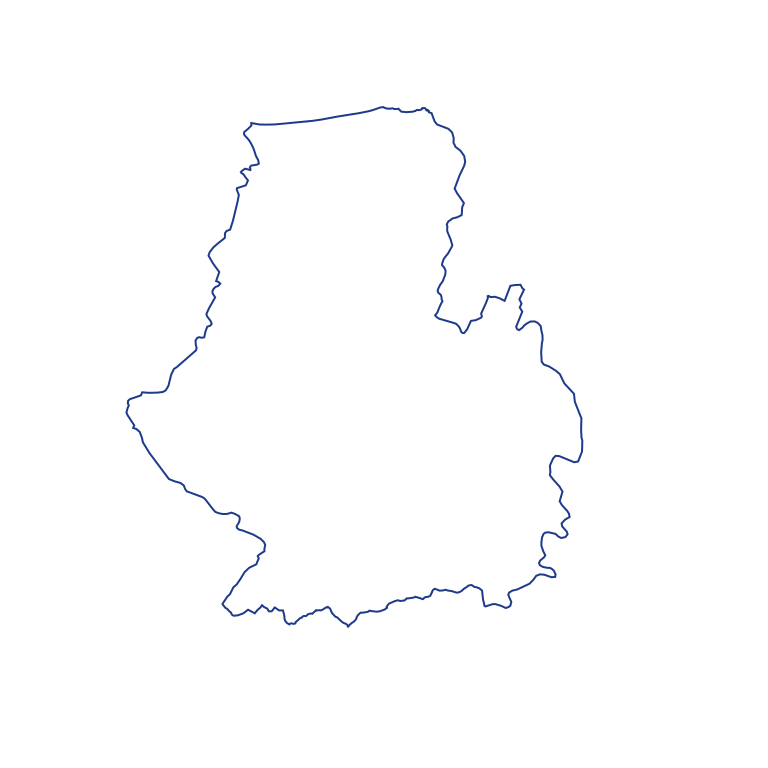 the district of San Carlos, Maldonado, Uruguay, rotated 202°
{"feature_id": "84410073B16503485399058", "entity_name": "San Carlos", "entity_type": "district", "adm_level": 2, "iso_a3": "URY", "parent_name": "Uruguay", "parent_adm1": "Maldonado", "projection": "robinson", "projection_center": [-54.965, -34.66], "detail": "fine", "context": "isolated", "style": "outline", "palette": "blue", "viewbox_px": 768, "rotation_deg": 202, "n_neighbors": 0, "source": "geoboundaries", "source_scale": "gbopen_adm2", "svg_char_len": 6154}
<svg xmlns="http://www.w3.org/2000/svg" viewBox="0 0 768 768"><g transform="rotate(202 384 384)"><path d="M294.6,527.1L299.5,524.9L303.6,522.4L303.3,506.3L309.1,506.8L313.9,506.4L317.8,504.5L320.0,504.9L320.8,504.2L319.9,502.8L319.8,497.3L320.3,485.6L318.6,483.4L318.7,482.0L322.8,477.6L327.0,475.1L327.4,466.0L328.7,461.4L330.1,460.7L331.8,461.2L334.5,464.1L336.2,465.3L339.2,466.7L341.5,466.8L357.4,465.2L360.3,465.8L362.3,466.8L361.3,470.2L361.4,475.5L361.2,479.7L360.8,482.6L362.4,484.3L363.2,486.1L364.7,487.9L367.9,489.0L369.2,490.5L369.4,493.0L369.1,496.9L368.0,501.6L368.2,508.5L369.3,512.0L372.0,514.7L374.7,515.9L375.2,517.5L375.5,522.0L374.6,525.6L373.5,529.1L372.6,536.2L372.6,538.1L376.3,542.9L382.3,549.0L383.4,551.0L384.2,553.8L385.3,554.9L385.6,556.4L385.2,558.9L382.3,563.3L378.6,566.0L375.3,569.6L376.2,572.8L377.7,577.0L377.7,581.7L387.9,588.4L391.7,591.6L392.1,605.7L391.4,616.6L392.0,620.5L395.1,625.5L400.4,628.9L404.4,630.1L406.3,630.5L409.9,633.7L411.5,638.1L415.1,642.8L419.8,644.7L432.0,644.5L435.4,646.4L441.4,653.0L443.6,652.7L444.3,652.9L444.7,653.6L444.6,653.8L444.8,654.0L445.2,653.9L445.5,654.2L445.9,653.7L446.2,653.7L446.6,654.2L447.2,653.7L447.8,654.0L448.6,654.9L449.4,655.1L450.6,654.7L451.2,654.1L451.8,654.2L452.1,653.6L451.9,653.3L452.0,652.9L452.4,652.2L454.5,650.8L455.9,650.6L456.4,650.2L457.2,648.8L458.0,648.4L459.4,647.2L465.2,644.4L470.0,643.0L471.7,643.8L472.2,643.8L473.6,644.7L474.8,643.9L477.9,642.7L478.8,642.9L479.4,642.8L481.8,641.3L482.4,641.3L484.1,640.5L484.7,640.6L485.7,640.3L486.5,640.4L487.3,640.2L488.3,640.5L491.0,639.0L497.3,633.5L500.8,630.9L509.2,625.4L527.2,614.6L541.0,605.8L548.9,601.2L582.2,583.9L589.8,580.6L596.6,578.0L604.8,576.2L603.8,574.0L605.6,569.7L608.0,565.2L607.3,563.1L605.9,562.1L602.8,560.7L600.4,559.4L597.0,556.9L592.6,552.8L588.2,547.5L584.4,544.3L582.6,541.4L583.8,539.9L589.0,536.7L589.5,534.6L588.4,533.3L588.1,532.3L593.4,531.6L595.2,529.0L596.1,526.9L595.0,526.1L592.6,525.7L589.8,523.7L586.4,521.8L586.5,516.5L593.7,510.5L593.5,509.3L589.4,504.9L588.2,499.0L585.2,478.7L584.5,469.5L587.3,466.9L587.9,464.3L586.3,459.8L590.8,451.9L593.4,446.7L595.0,441.0L594.8,437.3L587.8,431.8L578.7,426.1L578.2,416.5L575.6,416.6L573.4,415.7L574.4,412.9L576.5,411.0L577.6,408.6L577.9,406.0L576.9,403.8L573.0,401.1L574.6,388.8L574.9,382.3L573.3,380.4L568.4,377.5L566.3,375.2L566.9,373.1L569.3,370.9L569.2,365.7L568.2,360.0L570.2,358.6L572.9,358.2L574.5,356.7L575.0,353.7L573.3,350.0L571.2,347.1L570.9,344.8L582.4,322.1L584.4,319.3L584.8,312.9L583.2,301.6L584.0,296.4L586.0,293.8L590.9,291.1L598.8,287.7L605.1,285.7L605.1,282.4L614.0,274.7L615.0,272.4L614.2,270.0L612.6,268.6L612.7,265.7L612.1,261.0L609.9,258.9L600.1,252.1L600.1,249.3L596.7,249.5L592.6,248.1L588.3,243.5L585.7,239.6L575.7,232.2L547.8,215.3L542.0,215.3L535.7,216.0L531.7,215.0L529.2,212.3L526.8,210.6L509.8,211.1L506.8,210.3L495.0,203.4L492.3,202.2L489.0,202.3L484.9,203.0L480.9,204.7L477.2,207.6L473.2,207.7L468.7,207.1L467.3,205.2L466.6,202.0L467.3,196.6L466.1,195.3L463.8,194.7L460.4,195.2L448.5,195.4L440.2,194.2L435.9,192.3L433.8,190.2L433.1,186.2L432.2,184.2L436.1,178.6L436.6,177.1L434.8,175.4L434.9,168.9L440.1,163.2L442.8,157.3L444.1,149.3L445.5,142.9L447.5,139.1L448.1,131.3L449.6,128.2L451.4,119.6L450.2,118.6L448.8,118.0L447.2,117.0L445.3,116.8L442.4,115.4L440.2,114.7L439.3,113.7L437.9,112.9L436.4,112.9L432.8,114.8L428.5,118.7L425.5,123.8L417.9,123.0L416.7,127.0L414.9,130.4L414.2,133.2L411.8,132.3L408.1,132.0L406.4,130.6L405.4,130.1L403.4,131.0L402.8,131.7L401.6,135.9L396.5,134.8L392.9,136.2L390.4,133.0L388.9,130.5L388.4,129.2L386.8,127.3L384.6,126.1L381.7,125.6L381.2,126.7L380.3,127.4L378.1,127.7L376.8,128.5L376.5,129.4L376.7,130.2L374.9,133.6L374.4,135.0L372.7,136.6L372.7,137.2L371.9,138.5L371.0,139.1L369.5,139.5L368.7,140.8L368.3,142.0L366.2,143.6L365.4,144.0L364.5,144.0L362.2,148.9L361.6,148.7L359.2,150.1L357.9,150.3L355.9,152.3L355.6,153.0L353.8,155.4L353.1,155.4L352.6,156.3L349.9,155.6L346.6,152.3L341.9,150.0L340.2,150.1L334.1,147.8L332.0,147.3L329.7,147.4L328.1,147.0L327.3,146.7L326.7,145.6L326.4,145.5L325.4,148.3L324.3,150.5L323.2,151.9L322.1,154.4L321.7,156.0L322.0,157.3L321.7,159.6L320.1,163.2L318.0,164.0L313.5,166.8L312.9,167.6L312.7,168.3L312.4,168.5L310.7,168.7L305.3,170.2L302.2,172.1L298.6,175.5L298.1,176.7L297.4,177.4L297.4,177.7L298.1,178.7L297.4,181.5L297.0,182.3L293.0,186.4L290.3,188.6L287.7,188.9L284.0,190.9L283.7,191.2L283.4,192.3L283.0,192.6L282.6,193.8L281.4,194.2L276.6,197.0L275.1,198.5L269.3,199.0L268.0,198.9L267.2,199.2L266.3,201.4L265.1,202.3L263.5,203.1L261.7,205.1L261.7,207.7L261.4,208.3L261.7,209.9L261.4,210.7L261.4,211.3L260.3,213.1L256.9,213.3L256.4,213.1L255.7,213.3L255.1,213.2L252.5,214.4L249.4,216.5L248.2,216.3L243.2,217.4L238.9,217.7L237.8,218.0L235.7,219.7L234.5,221.3L233.3,223.9L231.2,226.8L230.2,228.7L227.8,230.3L227.2,230.4L224.2,229.7L222.1,230.2L219.2,230.3L215.7,229.2L211.5,221.4L207.5,215.8L206.5,215.8L200.8,220.6L198.1,221.7L192.0,222.2L187.2,221.9L185.1,223.7L183.8,225.7L184.3,229.6L188.2,233.4L189.9,235.3L189.8,237.6L187.5,240.6L183.6,243.3L174.3,253.3L172.2,258.4L171.0,263.2L168.0,266.0L164.0,267.2L156.3,267.6L153.0,269.3L153.7,271.9L156.7,274.6L159.0,275.4L161.2,275.7L163.9,274.7L168.2,273.9L171.6,274.4L173.2,276.1L173.1,278.8L170.7,283.2L170.3,285.6L173.7,288.6L177.5,293.0L178.9,296.6L180.0,301.2L179.9,304.8L178.9,306.5L176.2,308.1L168.8,309.3L165.3,307.9L162.0,307.6L158.4,310.1L157.5,313.6L159.4,315.7L165.4,318.7L167.1,321.2L165.3,326.1L162.1,330.2L163.8,332.9L166.5,334.9L173.7,338.4L177.2,341.1L178.2,351.1L182.9,354.7L190.7,358.5L196.1,361.6L196.7,364.6L199.6,370.5L199.3,378.4L198.0,381.7L194.4,382.8L178.3,382.7L175.0,384.9L175.1,395.6L178.9,405.8L180.8,408.3L184.1,415.4L188.1,426.1L200.4,439.0L204.2,446.1L217.0,452.1L224.6,459.0L229.3,460.6L237.4,462.1L243.1,461.9L246.1,463.7L250.2,472.3L253.0,481.4L253.4,484.1L255.4,488.7L257.4,491.4L260.5,496.5L264.3,498.2L267.6,498.5L271.6,496.8L274.0,493.9L275.7,491.3L276.8,488.0L278.9,484.6L281.1,484.7L282.9,486.6L282.9,502.9L286.8,505.8L286.6,510.0L290.2,513.3L289.5,523.9L291.5,524.6L294.6,527.1Z" fill="none" stroke="#1e3a8a" stroke-width="2"/></g></svg>